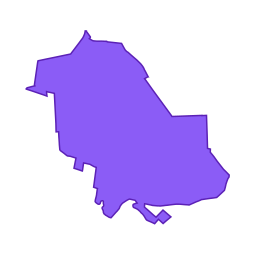 Zerind, Arad, Romania (Albers equal-area conic projection), rotated 185°
{"feature_id": "2599482B52549307092918", "entity_name": "Zerind", "entity_type": "district", "adm_level": 2, "iso_a3": "ROU", "parent_name": "Romania", "parent_adm1": "Arad", "projection": "albers", "projection_center": [21.492, 46.616], "detail": "fine", "context": "isolated", "style": "filled", "palette": "violet", "viewbox_px": 256, "rotation_deg": 185, "n_neighbors": 0, "source": "geoboundaries", "source_scale": "gbopen_adm2", "svg_char_len": 4005}
<svg xmlns="http://www.w3.org/2000/svg" viewBox="0 0 256 256"><g transform="rotate(185 128 128)"><path d="M223.5,187.1L223.7,185.8L223.8,184.1L225.0,162.8L224.8,162.3L224.5,161.9L227.5,160.9L229.1,160.3L231.9,159.3L232.1,159.2L232.5,158.6L232.9,158.0L232.8,157.9L227.5,156.7L216.1,153.9L213.7,153.3L211.5,152.7L212.2,156.2L212.3,157.2L211.8,157.1L210.8,156.9L207.4,156.5L204.4,156.1L202.9,145.5L200.2,126.2L199.3,117.9L196.8,118.2L196.1,113.3L195.2,107.5L194.9,105.3L194.4,102.5L194.2,101.3L194.1,100.7L193.9,100.2L193.5,99.7L193.1,99.4L191.6,98.5L189.5,97.2L187.3,95.7L186.3,95.1L185.9,94.9L183.1,94.8L177.2,93.5L178.2,84.2L178.3,83.2L172.7,81.9L170.4,81.3L169.7,81.2L169.6,82.3L169.2,89.3L166.5,89.0L164.2,88.7L163.0,88.6L162.7,88.5L160.3,87.4L158.8,86.7L158.2,86.5L156.2,86.0L157.0,68.1L157.1,66.0L153.1,65.0L153.3,63.9L153.4,61.6L153.5,59.7L153.5,58.6L153.7,56.9L154.1,54.7L154.3,53.2L154.3,51.8L153.9,51.3L153.2,50.7L152.4,50.2L151.7,49.8L151.3,49.6L150.7,49.5L150.2,49.5L149.9,49.6L149.5,49.9L149.3,50.1L149.2,50.3L149.1,50.5L148.9,51.6L148.6,52.6L148.4,52.9L148.1,53.0L147.7,53.2L147.2,53.3L146.9,53.3L146.6,53.2L146.3,52.9L146.2,52.7L146.1,52.4L146.1,52.1L146.1,51.6L146.1,51.1L145.9,50.4L145.7,49.7L145.5,49.2L145.5,48.8L145.5,48.3L145.6,48.0L145.7,47.8L146.0,47.5L146.3,47.2L146.7,46.8L146.8,46.4L146.8,46.1L146.8,45.8L146.7,45.5L146.5,45.1L146.3,44.8L146.0,44.3L145.6,43.6L145.4,43.2L145.4,42.9L145.2,42.1L145.1,41.6L144.9,41.3L144.7,40.9L144.5,40.6L144.3,40.3L144.1,40.2L143.9,40.1L143.7,40.0L143.4,39.8L143.1,39.5L142.9,39.3L142.2,39.0L141.7,38.8L140.6,38.2L140.1,38.0L139.7,37.8L139.2,37.5L138.8,37.4L138.5,37.3L138.1,37.3L137.8,37.2L137.3,37.1L137.1,37.1L136.3,38.1L134.0,41.2L132.5,43.2L131.5,44.4L130.7,45.6L129.9,46.7L129.8,46.9L129.6,47.5L129.3,48.4L129.1,49.3L128.7,49.9L128.4,50.5L127.8,51.4L127.2,52.3L126.8,52.7L124.1,54.9L122.2,56.3L121.5,56.7L121.2,56.9L120.8,57.1L120.4,57.3L119.9,57.3L116.9,56.9L114.6,56.6L114.4,56.4L112.4,54.0L113.0,53.8L113.8,53.5L115.1,52.9L116.0,52.5L116.3,51.9L116.3,50.9L116.1,50.2L115.6,49.4L115.0,49.2L113.0,48.5L111.3,47.8L110.1,46.9L108.8,46.0L107.8,44.9L106.9,44.2L105.8,43.4L105.2,42.7L104.4,41.8L103.5,40.6L102.4,39.0L101.5,38.0L100.8,37.7L100.3,37.5L99.1,37.1L96.9,36.4L94.4,35.5L93.1,35.0L89.7,39.7L88.2,38.6L86.3,37.1L84.7,35.9L81.9,38.8L77.5,43.2L79.5,44.6L86.0,49.3L92.3,41.6L95.2,43.6L101.2,48.1L104.7,50.6L104.8,54.0L103.6,53.9L101.2,53.6L98.7,53.3L98.4,53.3L98.0,53.2L97.5,53.1L97.0,53.0L96.7,53.0L95.6,53.0L94.5,53.0L93.9,53.0L93.4,53.0L92.3,53.0L91.6,53.0L90.8,53.1L90.1,53.1L89.4,53.1L89.0,53.1L88.7,53.2L87.6,53.4L85.5,53.8L84.3,54.1L83.1,54.3L81.2,54.7L78.5,55.3L75.6,55.9L73.5,56.3L72.6,56.4L72.4,56.4L71.3,56.5L71.2,56.5L69.8,56.6L67.3,56.6L64.6,56.6L60.9,56.7L60.7,56.6L60.2,56.7L58.7,57.6L56.3,58.9L54.0,60.2L53.0,60.7L51.5,61.4L49.1,62.7L48.4,63.2L47.9,63.2L45.5,63.8L42.9,64.4L40.3,65.0L39.4,65.2L37.0,65.7L34.5,66.3L33.6,66.5L31.8,68.4L30.1,70.3L28.2,72.4L26.5,74.3L25.9,77.5L25.5,80.7L24.8,83.6L24.0,86.4L23.3,87.5L23.1,88.0L23.1,90.0L23.4,90.2L27.1,93.4L29.3,95.2L36.4,102.8L39.8,106.8L41.8,108.9L43.9,111.0L44.1,114.2L47.0,114.6L48.5,127.5L50.9,147.4L54.7,146.9L55.3,146.8L55.3,147.0L59.3,146.5L78.6,144.1L85.2,143.3L85.7,144.0L106.4,167.7L114.5,177.2L115.8,178.6L113.7,180.0L113.0,180.5L112.5,180.8L112.4,180.8L116.3,186.9L116.5,187.0L117.5,189.0L118.3,190.0L118.4,190.3L119.4,191.4L120.9,193.0L122.1,194.0L125.0,196.4L128.2,198.7L131.5,201.1L133.5,202.6L134.9,203.6L135.9,204.0L137.7,205.6L139.2,207.8L141.0,210.5L141.8,211.7L150.2,211.9L156.2,212.0L156.5,212.3L156.7,212.5L156.9,212.5L157.9,212.4L162.2,212.2L164.2,212.0L166.4,211.8L167.4,211.8L170.0,211.8L170.5,211.9L171.0,212.0L174.3,213.6L173.7,214.4L173.5,214.8L173.4,215.1L173.4,215.3L173.5,215.6L173.8,215.9L176.2,218.7L177.2,219.8L177.6,220.3L177.8,220.6L177.9,220.8L177.9,221.0L179.1,221.0L179.2,219.5L179.5,217.7L180.3,215.3L180.9,213.8L184.4,208.1L191.6,196.7L207.9,191.8L215.6,189.5L223.5,187.1Z" fill="#8b5cf6" stroke="#5b21b6" stroke-width="1.5"/></g></svg>